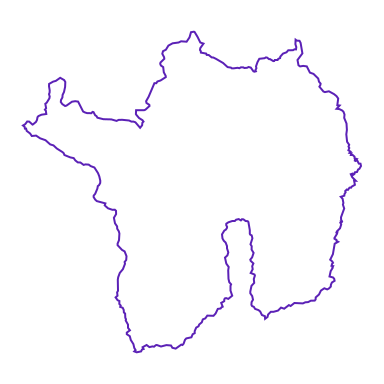 outline of Nam Po, Điện Biên, Vietnam
{"feature_id": "81297802B39086824409595", "entity_name": "Nam Po", "entity_type": "district", "adm_level": 2, "iso_a3": "VNM", "parent_name": "Vietnam", "parent_adm1": "Điện Biên", "projection": "albers", "projection_center": [102.839, 21.886], "detail": "fine", "context": "isolated", "style": "outline", "palette": "violet", "viewbox_px": 384, "rotation_deg": 0, "n_neighbors": 0, "source": "geoboundaries", "source_scale": "gbopen_adm2", "svg_char_len": 5910}
<svg xmlns="http://www.w3.org/2000/svg" viewBox="0 0 384 384"><path d="M334.0,94.1L328.9,91.3L324.9,92.1L323.4,91.5L319.4,86.7L320.4,84.9L320.6,83.6L319.0,81.7L318.2,78.5L313.5,73.9L309.9,72.6L306.8,66.4L303.2,65.9L300.1,66.4L298.5,65.3L297.5,60.0L302.4,53.4L300.6,42.9L299.5,40.8L296.8,40.6L295.6,39.7L295.4,44.2L296.3,47.1L296.0,49.4L294.5,49.3L293.0,50.2L288.2,50.3L286.5,52.3L283.0,53.6L280.3,56.6L280.1,58.1L278.3,58.8L277.6,60.0L274.8,60.0L274.2,61.0L273.3,61.1L270.0,59.1L269.0,59.1L267.1,57.6L265.9,57.4L264.6,58.2L259.3,58.8L257.5,62.1L256.0,66.4L256.4,68.2L255.4,70.2L255.9,71.3L254.4,71.7L253.4,71.3L250.8,67.6L248.6,67.0L247.0,67.8L244.3,68.0L243.4,67.4L241.0,67.3L239.4,68.2L237.5,67.8L234.0,68.3L231.7,68.3L230.9,67.6L227.6,67.1L223.1,63.0L216.1,58.9L213.3,57.5L211.7,57.4L208.7,55.0L206.7,54.9L206.2,53.6L200.9,52.6L200.8,51.2L200.0,50.0L200.3,48.1L203.5,43.6L200.3,42.5L197.6,37.0L194.6,32.0L193.9,31.7L191.0,32.2L189.5,37.4L186.6,41.7L181.1,41.3L178.6,42.5L172.6,43.3L168.4,45.6L165.9,49.7L163.0,51.2L162.3,53.8L164.1,57.2L164.3,58.8L160.5,62.5L160.2,63.8L160.9,65.5L163.2,67.1L163.8,72.3L165.7,75.9L165.8,77.1L160.5,80.5L157.4,81.5L156.3,83.2L154.4,83.2L148.6,96.8L146.1,101.2L146.5,103.0L149.3,104.8L149.5,106.0L145.4,109.7L144.1,110.2L136.1,110.2L135.9,114.1L136.4,114.9L139.0,118.0L142.5,120.2L143.5,121.6L142.4,122.7L142.1,125.3L140.1,127.8L135.4,122.3L133.5,121.6L131.4,121.6L129.1,120.5L122.2,119.8L118.6,119.9L116.6,120.9L111.3,119.4L103.4,119.2L97.4,117.7L96.5,116.1L95.2,115.3L93.5,112.1L92.5,111.9L91.4,113.2L87.0,113.1L84.8,112.4L83.1,111.5L78.1,101.6L75.2,101.2L72.0,101.7L66.5,105.6L65.1,106.0L62.3,104.1L60.8,102.0L61.0,100.0L62.4,97.5L62.6,94.9L64.0,92.0L65.1,86.9L65.3,82.0L64.2,80.1L60.2,77.8L55.8,80.9L53.2,81.6L49.1,83.9L49.0,86.2L49.7,90.4L49.6,92.6L49.0,94.1L49.7,96.5L49.4,98.3L46.7,102.7L45.3,103.8L46.1,108.2L44.9,109.7L45.8,110.6L46.3,114.0L41.5,114.7L38.4,116.1L37.5,117.2L37.0,119.9L36.0,121.9L33.0,124.4L32.5,124.6L29.2,121.6L27.2,121.5L25.2,124.2L23.0,125.5L24.6,126.8L24.9,128.6L26.1,128.6L26.7,130.9L30.1,133.5L31.8,136.0L36.1,135.6L40.1,138.3L45.5,140.2L50.2,144.4L53.5,145.4L56.8,148.5L62.5,152.1L63.7,153.2L64.4,155.0L70.3,157.4L73.7,158.1L75.3,160.4L77.8,162.4L80.4,162.5L83.6,164.9L85.5,164.4L88.7,164.6L90.7,166.1L94.4,167.5L98.0,173.1L99.3,176.4L100.3,180.8L100.2,183.0L99.1,185.1L97.8,186.1L97.4,188.5L95.2,193.8L93.7,195.6L93.6,197.0L95.2,199.6L96.8,201.1L105.4,203.4L104.7,205.4L108.0,208.3L112.4,209.8L114.8,209.7L116.0,210.8L116.1,214.1L113.9,217.8L115.0,223.3L117.1,226.4L117.2,228.7L118.8,231.3L119.4,233.5L119.0,240.2L117.6,243.6L117.6,245.2L122.0,249.9L124.6,251.4L126.5,256.2L126.2,260.0L124.6,262.0L125.0,263.8L122.9,269.2L119.8,272.9L118.2,277.2L117.8,279.7L118.0,290.8L117.1,292.4L117.5,295.7L115.6,297.4L117.6,300.2L119.4,301.0L119.3,303.9L120.7,305.5L120.2,306.9L122.7,307.8L123.7,309.9L123.9,312.5L125.1,313.5L125.3,317.8L126.0,319.2L125.7,320.5L128.0,324.6L128.0,327.8L129.9,330.3L126.8,332.6L126.8,334.2L129.8,336.2L130.8,340.0L133.4,344.1L134.3,348.0L135.6,350.1L134.3,351.4L136.7,352.3L141.1,351.4L142.0,349.5L143.6,349.0L142.6,347.2L146.6,345.0L149.4,347.1L152.5,346.4L154.0,346.7L155.8,345.2L156.8,345.0L161.0,346.5L166.4,345.1L171.0,345.5L172.4,347.8L175.7,348.6L181.3,344.6L182.5,345.0L183.6,343.7L185.0,339.8L186.3,338.4L191.4,337.3L192.7,334.2L194.7,333.2L194.7,331.1L196.2,327.6L198.5,326.3L199.2,324.5L201.8,322.3L202.8,319.4L205.3,318.4L207.3,315.6L213.5,315.8L215.6,313.5L217.8,308.9L220.6,308.5L221.5,307.3L222.7,306.7L221.2,302.9L224.2,301.2L224.3,299.3L224.9,298.4L226.1,298.1L228.3,298.9L232.2,295.7L230.5,290.6L230.5,285.8L231.1,284.3L229.3,282.3L228.5,278.9L228.2,270.3L228.7,267.0L226.3,263.6L225.0,257.6L227.4,255.4L228.3,252.4L227.0,248.3L227.0,246.1L225.6,242.5L223.8,240.8L222.5,238.5L222.0,234.4L224.3,230.6L225.9,229.6L226.9,228.0L227.1,226.9L226.2,225.1L226.3,223.7L228.4,222.3L232.3,221.0L234.8,221.0L236.1,219.7L238.7,219.1L240.9,220.4L242.0,219.2L243.5,219.4L245.6,221.0L247.7,221.2L248.4,222.0L249.8,230.2L249.8,233.8L250.2,234.6L251.7,235.4L252.4,238.3L250.5,244.3L251.7,246.2L251.6,249.6L253.6,252.9L252.1,257.4L250.3,259.6L250.7,260.9L253.4,263.4L252.2,266.2L252.7,269.2L250.7,273.0L254.5,274.5L254.9,275.6L253.8,279.0L254.2,282.9L251.5,285.8L250.3,291.5L250.3,293.3L252.2,296.1L253.0,299.7L251.6,302.1L251.4,304.8L252.1,306.1L253.8,306.8L255.1,308.9L258.5,310.1L260.2,311.5L261.9,315.0L264.9,316.2L265.1,318.8L267.5,317.0L268.1,314.5L270.8,311.8L273.5,311.8L278.0,310.6L281.0,307.6L284.2,308.7L288.9,305.1L290.6,306.0L294.4,303.0L302.9,303.4L305.3,302.3L308.1,302.1L310.8,300.7L314.7,300.6L315.6,299.5L315.7,297.4L319.0,294.5L320.9,290.6L324.3,288.3L327.2,289.4L328.8,288.6L330.8,286.6L330.9,284.7L331.9,282.5L334.6,280.8L334.2,278.8L333.1,277.5L329.5,276.5L330.7,271.1L332.7,267.8L332.4,267.3L333.1,266.1L331.5,265.8L332.2,263.6L333.0,262.8L332.3,261.5L330.2,259.7L332.9,254.2L334.7,243.7L338.1,241.8L336.5,240.9L336.4,239.8L334.5,238.8L334.4,238.1L337.0,233.8L336.6,233.0L337.2,232.9L337.4,232.2L336.7,232.0L336.8,231.5L340.0,228.3L341.2,224.5L340.4,222.8L341.1,222.5L340.9,221.8L341.8,222.0L342.1,221.4L341.1,219.8L341.0,217.3L344.2,208.5L342.9,204.6L343.4,203.0L342.6,198.8L340.8,196.8L344.3,195.7L344.5,194.0L345.6,192.3L345.2,191.1L346.8,189.5L347.9,189.9L349.5,187.7L351.1,187.7L351.6,186.7L354.9,184.8L354.1,180.8L355.8,180.8L352.2,177.2L350.8,174.2L352.6,173.6L353.1,174.9L354.4,174.0L354.9,172.3L357.0,172.0L358.1,169.5L359.4,168.8L361.0,166.0L360.5,163.7L358.8,163.6L357.1,160.2L355.6,161.0L354.8,160.6L355.0,159.4L356.2,158.8L354.6,158.3L354.5,156.6L352.7,155.0L350.9,155.0L351.5,153.2L349.5,152.9L350.5,151.6L348.4,150.3L349.3,148.0L348.5,146.6L349.2,144.8L347.1,141.8L346.3,134.3L346.9,129.9L346.5,123.5L344.2,117.9L344.5,114.5L343.5,111.8L342.2,110.5L339.4,109.1L336.6,108.8L339.6,105.5L337.3,105.2L338.2,98.5L336.5,96.1L334.0,94.1Z" fill="none" stroke="#5b21b6" stroke-width="2"/></svg>